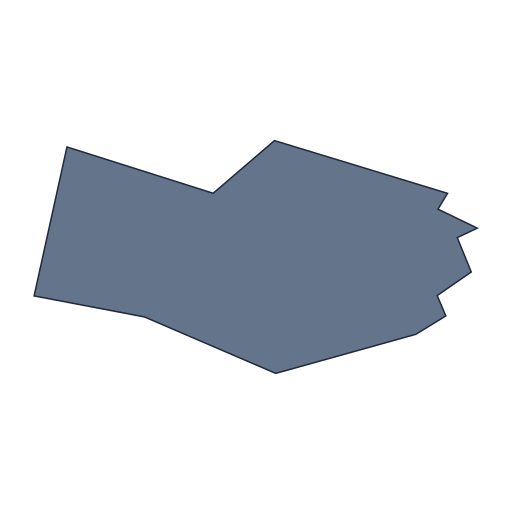 Kapoeta North, Eastern Equatoria, South Sudan (Natural Earth projection), rotated 273°
{"feature_id": "79223893B90459000801703", "entity_name": "Kapoeta North", "entity_type": "district", "adm_level": 2, "iso_a3": "SSD", "parent_name": "South Sudan", "parent_adm1": "Eastern Equatoria", "projection": "natural_earth1", "projection_center": [33.472, 5.308], "detail": "fine", "context": "isolated", "style": "filled", "palette": "slate", "viewbox_px": 512, "rotation_deg": 273, "n_neighbors": 0, "source": "geoboundaries", "source_scale": "gbopen_adm2", "svg_char_len": 361}
<svg xmlns="http://www.w3.org/2000/svg" viewBox="0 0 512 512"><g transform="rotate(273 256 256)"><path d="M328.6,444.0L372.2,268.4L316.4,209.9L355.0,61.5L204.5,36.5L189.3,147.8L139.8,281.8L186.1,419.5L186.5,420.2L206.1,448.7L226.0,439.0L251.3,471.8L284.9,456.0L295.4,475.5L312.3,435.3L328.6,444.0Z" fill="#64748b" stroke="#1e293b" stroke-width="1.5"/></g></svg>